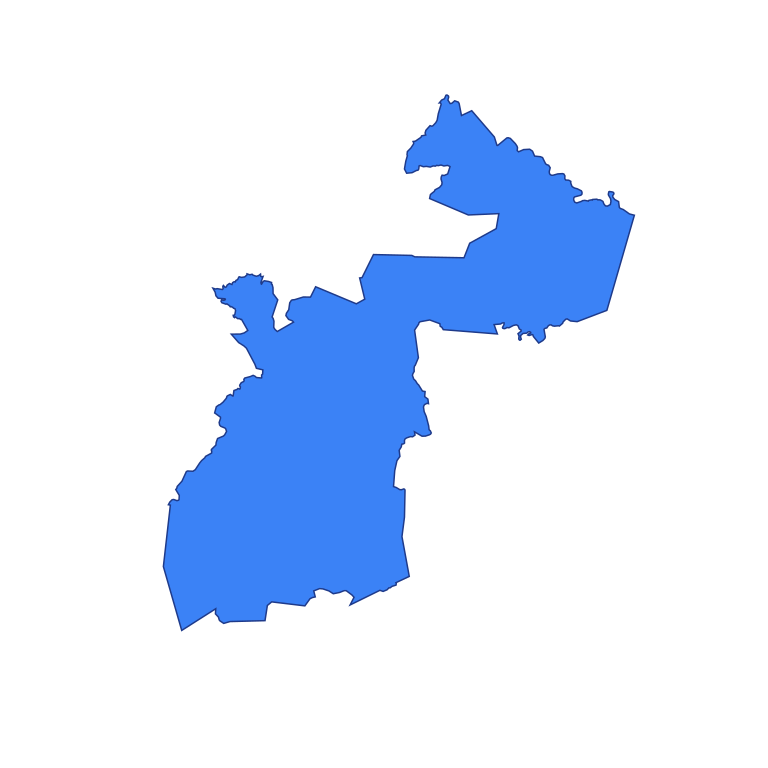 Santa Catarina Juquila, Oaxaca, Mexico, rotated 17°
{"feature_id": "50627088B71365052188034", "entity_name": "Santa Catarina Juquila", "entity_type": "district", "adm_level": 2, "iso_a3": "MEX", "parent_name": "Mexico", "parent_adm1": "Oaxaca", "projection": "mercator", "projection_center": [-97.307, 16.18], "detail": "fine", "context": "isolated", "style": "filled", "palette": "blue", "viewbox_px": 768, "rotation_deg": 17, "n_neighbors": 0, "source": "geoboundaries", "source_scale": "gbopen_adm2", "svg_char_len": 6154}
<svg xmlns="http://www.w3.org/2000/svg" viewBox="0 0 768 768"><g transform="rotate(17 384 384)"><path d="M575.6,248.4L574.1,149.4L569.0,149.6L561.8,147.2L558.6,147.0L557.4,146.3L555.0,141.0L550.7,140.1L548.2,138.4L547.6,136.8L548.2,135.6L548.1,134.4L547.4,133.7L546.1,133.6L543.3,134.0L542.8,134.5L543.0,136.9L543.5,137.8L546.4,140.5L547.6,142.8L548.0,146.2L545.6,148.6L543.6,148.9L541.5,147.4L540.0,145.4L538.6,145.0L536.9,144.7L534.4,145.4L533.6,145.0L529.6,146.5L529.4,147.2L528.6,147.2L526.2,148.5L526.0,149.3L522.3,149.7L520.1,150.7L519.6,151.5L515.4,154.5L513.3,154.4L511.6,152.6L511.1,150.6L511.5,149.4L517.1,145.9L517.8,144.5L517.3,142.7L516.3,141.6L515.3,141.4L511.8,140.8L508.8,140.9L506.1,140.2L503.8,137.2L503.4,135.6L501.1,135.1L498.1,135.8L496.8,134.7L496.2,132.1L494.6,130.6L493.2,130.6L488.7,132.3L484.5,135.0L483.1,135.4L481.6,135.1L480.5,134.0L479.9,132.4L479.7,128.6L477.5,126.7L475.2,126.6L474.0,126.0L469.4,121.1L467.1,120.9L461.4,122.0L457.9,117.9L454.7,116.9L449.0,119.0L444.8,122.6L443.1,121.8L442.6,119.0L441.7,117.7L439.3,115.7L433.0,112.2L430.7,112.2L429.5,112.8L423.0,122.6L422.3,122.8L417.3,115.5L388.0,97.0L379.6,104.6L373.9,93.9L372.7,92.7L368.8,92.5L366.8,95.7L365.3,96.5L362.1,93.8L362.0,90.7L361.4,89.7L359.7,89.2L358.8,89.8L358.4,93.5L356.1,95.6L354.7,99.0L355.8,98.6L356.9,99.8L356.9,109.6L357.7,116.3L357.1,119.0L355.3,122.7L354.4,123.5L352.5,123.5L349.9,129.1L349.9,131.9L351.1,133.7L347.4,135.7L347.2,137.3L343.0,142.6L340.9,143.6L341.9,144.7L342.1,145.8L340.7,150.5L338.4,154.9L339.0,158.1L339.6,158.8L339.7,164.6L340.7,172.4L344.0,175.8L349.1,173.7L352.5,170.4L354.0,169.6L354.4,168.4L353.8,165.2L354.7,164.5L358.1,164.7L360.9,163.5L364.8,163.0L367.2,161.1L369.5,160.6L370.6,159.4L371.9,159.4L374.5,157.9L377.5,158.0L380.8,156.4L383.0,156.6L383.6,156.8L383.5,164.5L380.6,167.0L378.5,167.3L378.2,169.3L378.6,171.3L380.6,174.3L381.0,176.6L379.6,179.8L376.0,183.4L375.8,185.1L373.6,188.2L373.0,189.4L373.4,193.3L415.2,197.7L444.0,187.5L445.9,202.6L424.8,224.3L423.6,239.9L376.3,253.4L373.0,252.9L336.1,263.3L331.9,288.7L329.7,289.7L340.8,308.5L334.1,315.4L290.2,311.0L288.3,322.4L281.4,324.4L274.0,329.4L271.5,330.5L270.9,331.2L270.1,333.9L271.2,340.8L270.0,344.9L270.2,347.3L273.9,350.1L278.0,350.4L279.4,351.3L266.6,365.0L263.8,363.7L262.0,362.1L260.4,356.1L258.8,353.7L257.4,352.6L257.8,334.6L251.5,330.0L249.7,324.4L247.9,321.5L247.1,321.3L246.8,319.8L243.6,319.7L239.3,320.3L238.4,321.5L237.7,324.3L237.3,324.2L236.6,322.9L236.9,316.5L235.8,317.2L234.7,317.1L233.8,315.0L232.4,317.0L230.4,318.3L227.0,318.2L225.8,317.6L223.7,318.8L220.8,318.7L221.1,319.6L219.5,322.3L216.6,323.7L214.2,323.8L213.9,324.2L213.5,326.9L212.1,328.3L212.0,329.8L210.8,330.0L209.6,331.3L209.5,333.3L206.8,333.1L205.1,335.3L204.8,337.2L203.8,338.0L201.6,336.7L201.3,337.7L202.3,340.0L201.8,340.9L196.5,341.6L195.3,342.4L192.4,342.4L195.7,345.6L197.5,348.8L200.2,350.5L207.0,349.0L207.5,349.3L207.5,349.8L206.4,350.8L204.0,351.2L204.0,352.6L205.2,353.7L209.6,353.9L210.3,353.3L213.1,354.2L214.4,355.1L214.7,354.7L216.9,354.9L217.9,355.5L219.5,355.6L220.6,357.2L221.0,360.7L220.9,361.8L219.7,362.4L220.5,363.8L221.7,364.2L221.9,363.4L222.4,363.3L225.0,364.3L226.8,363.7L227.9,364.2L228.9,363.9L238.1,372.6L235.4,376.0L232.1,378.2L223.4,381.0L232.9,386.9L238.8,388.5L242.0,390.0L254.7,402.8L257.4,406.3L264.0,405.9L265.0,410.0L264.3,411.2L265.2,413.8L264.9,414.1L260.1,415.1L258.4,414.3L256.3,414.0L254.1,415.9L249.1,419.0L248.6,420.5L249.2,421.4L249.1,422.6L247.1,424.5L246.4,427.0L246.5,428.0L247.5,428.7L247.8,430.6L247.5,431.0L245.6,431.0L245.1,432.1L242.4,434.1L243.2,439.5L242.7,439.7L240.1,438.9L237.8,441.0L237.4,441.7L237.4,443.7L235.4,448.4L233.2,451.7L232.2,452.3L230.3,454.8L230.5,461.2L237.3,463.5L237.7,464.7L237.6,469.0L238.8,471.3L240.3,472.2L244.7,472.6L245.7,473.1L247.3,475.4L246.5,479.2L245.7,480.7L240.8,484.8L240.6,488.9L241.1,491.6L238.1,497.0L238.4,498.3L238.9,498.5L239.3,500.5L234.5,505.4L234.2,507.0L232.0,510.5L230.8,513.5L228.6,521.1L226.8,523.3L221.6,524.6L220.6,525.5L219.2,536.0L216.2,542.4L216.3,544.4L215.7,545.8L220.8,550.4L221.8,554.5L221.4,555.3L220.1,556.1L216.7,555.9L215.2,556.6L213.7,559.5L213.1,562.5L215.1,562.3L226.4,623.1L262.6,678.8L288.8,648.1L290.0,653.1L293.8,655.3L295.4,657.8L296.4,658.5L300.7,659.8L306.2,656.2L339.4,645.1L337.2,629.9L340.3,625.2L373.2,619.3L376.0,611.0L377.9,609.2L380.5,607.7L377.3,602.4L382.2,598.5L385.6,597.8L391.9,598.0L396.8,599.4L402.4,596.4L406.3,593.3L408.3,592.7L415.0,595.1L417.7,596.7L416.2,605.2L440.4,582.5L443.8,582.6L447.1,579.9L448.3,577.5L449.5,577.1L450.8,575.2L454.3,572.8L454.0,570.9L453.5,570.5L464.4,560.6L445.8,524.7L442.5,505.3L435.2,479.6L434.7,478.8L433.7,478.5L431.6,480.0L430.0,480.4L426.0,479.4L423.1,479.3L419.6,463.7L418.8,453.6L420.4,448.6L417.9,443.0L418.9,439.1L418.6,436.4L420.3,435.4L420.9,434.5L420.1,432.1L420.1,430.6L421.3,429.0L424.6,426.6L426.8,426.1L428.6,423.8L427.1,420.8L435.6,422.8L438.9,421.7L442.4,419.2L443.2,418.3L443.5,417.0L442.1,415.3L440.5,414.5L438.9,410.9L433.8,402.6L430.5,398.7L428.5,394.5L428.5,392.7L429.0,391.6L430.8,389.9L432.3,389.8L430.4,385.6L426.6,384.2L425.5,379.2L422.8,379.5L417.3,374.7L415.8,374.0L413.1,371.6L411.1,370.7L408.7,367.5L408.6,365.7L409.2,363.2L408.1,359.9L407.9,358.1L408.4,356.9L409.2,348.8L397.5,323.5L399.6,316.7L399.5,315.3L400.3,313.9L409.0,309.4L419.8,310.0L420.9,312.4L422.7,312.8L424.8,314.7L477.8,303.0L471.9,295.0L478.0,292.5L479.3,291.0L480.9,290.4L481.4,291.8L480.8,295.3L481.2,295.9L482.7,296.0L484.1,295.2L484.9,294.1L487.1,293.7L490.6,290.2L493.3,288.7L495.1,289.1L497.3,291.8L499.3,292.3L499.7,293.3L497.4,296.7L499.1,298.7L499.7,301.6L500.7,302.4L501.4,302.3L502.2,301.0L501.1,299.5L500.5,297.7L502.2,295.0L505.5,293.7L506.6,292.1L507.8,291.4L509.2,291.7L509.4,292.4L507.6,293.9L507.1,295.1L508.6,295.2L511.2,293.4L511.9,293.4L513.0,294.9L520.0,299.6L523.2,296.0L524.5,293.4L524.5,291.8L521.0,284.9L521.7,283.7L523.3,282.8L524.1,280.3L525.1,279.1L526.6,278.6L528.1,279.1L530.0,278.9L533.8,277.3L534.8,277.3L537.1,273.7L537.0,272.8L538.0,270.5L539.0,268.8L540.2,268.2L543.9,269.2L550.5,267.9L575.6,248.4Z" fill="#3b82f6" stroke="#1e3a8a" stroke-width="1.5"/></g></svg>